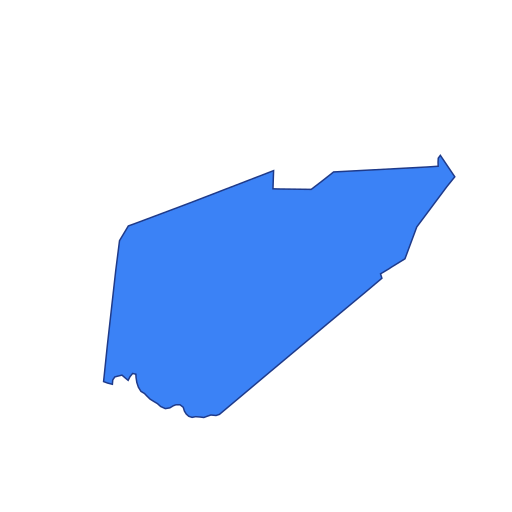 Cabeceiras do Piauí, Piauí, Brazil, rotated 128°
{"feature_id": "56859067B86775361644795", "entity_name": "Cabeceiras do Piauí", "entity_type": "district", "adm_level": 2, "iso_a3": "BRA", "parent_name": "Brazil", "parent_adm1": "Piauí", "projection": "natural_earth1", "projection_center": [-42.282, -4.443], "detail": "fine", "context": "isolated", "style": "filled", "palette": "blue", "viewbox_px": 512, "rotation_deg": 128, "n_neighbors": 0, "source": "geoboundaries", "source_scale": "gbopen_adm2", "svg_char_len": 1003}
<svg xmlns="http://www.w3.org/2000/svg" viewBox="0 0 512 512"><g transform="rotate(128 256 256)"><path d="M71.2,148.1L63.2,172.7L66.7,172.6L70.0,170.3L73.1,167.7L80.1,175.5L142.0,246.6L154.7,249.7L169.5,253.5L189.6,279.9L192.6,284.0L177.9,294.7L256.4,341.7L305.0,371.4L310.9,375.1L327.9,373.0L353.6,357.7L418.3,317.9L448.8,298.8L447.5,294.7L445.5,290.2L441.8,292.6L438.2,292.8L435.7,290.9L432.4,288.3L432.6,283.9L432.7,280.2L428.6,281.0L424.5,280.9L423.1,277.9L425.6,275.7L429.0,272.1L431.8,267.9L433.5,263.3L433.0,259.2L433.5,255.9L434.0,251.4L433.5,246.7L433.0,242.8L433.3,238.5L432.1,233.5L428.7,230.4L425.0,229.0L422.5,227.5L420.0,224.3L420.0,220.2L422.3,216.9L423.5,213.6L423.7,210.3L422.5,207.0L419.8,204.7L417.1,200.6L415.4,197.7L412.5,195.9L409.1,193.7L406.3,189.3L403.3,187.3L339.5,173.8L299.7,165.3L270.2,159.0L265.5,158.0L215.6,147.2L196.0,143.1L193.4,146.9L184.1,143.3L181.3,142.4L166.5,136.9L134.1,147.2L83.6,148.3L71.2,148.1Z" fill="#3b82f6" stroke="#1e3a8a" stroke-width="1.5"/></g></svg>